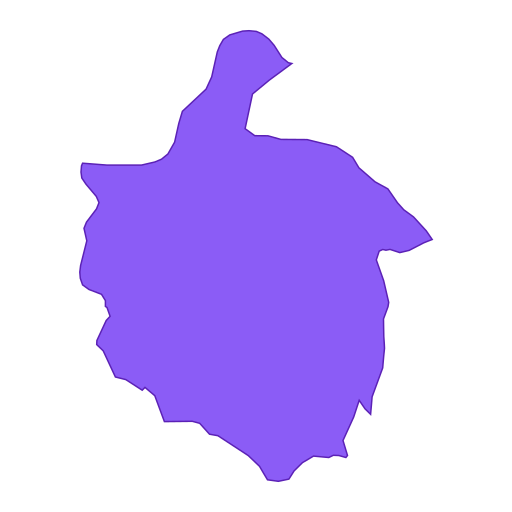 Kaesong City, Hwanghae-bukto, North Korea
{"feature_id": "82179303B5428034439323", "entity_name": "Kaesong City", "entity_type": "district", "adm_level": 2, "iso_a3": "PRK", "parent_name": "North Korea", "parent_adm1": "Hwanghae-bukto", "projection": "natural_earth1", "projection_center": [126.564, 37.948], "detail": "fine", "context": "isolated", "style": "filled", "palette": "violet", "viewbox_px": 512, "rotation_deg": 0, "n_neighbors": 0, "source": "geoboundaries", "source_scale": "gbopen_adm2", "svg_char_len": 1596}
<svg xmlns="http://www.w3.org/2000/svg" viewBox="0 0 512 512"><path d="M291.8,63.5L288.3,62.7L281.9,57.5L274.1,45.3L268.8,39.1L261.9,33.8L256.3,31.4L249.0,30.7L242.6,31.1L229.8,34.9L223.4,39.4L219.8,45.6L217.3,51.9L211.7,76.9L206.1,89.1L182.4,111.3L178.8,123.4L174.6,142.2L167.9,154.0L161.5,159.2L154.8,162.0L141.4,165.1L126.6,165.1L107.2,165.1L82.6,163.2L81.5,165.8L81.0,172.1L81.8,178.0L86.0,184.2L96.3,196.4L99.0,202.6L96.5,208.9L86.5,222.1L84.0,228.3L86.8,240.8L80.6,265.5L79.8,272.1L80.3,278.3L82.6,284.9L89.0,289.5L101.5,294.3L105.4,300.6L105.4,306.4L107.0,307.5L110.1,316.3L106.2,320.5L96.9,340.5L96.7,344.6L103.2,350.8L115.4,377.0L125.8,379.6L142.2,390.2L145.0,387.4L154.8,395.7L161.1,412.7L164.4,421.6L192.3,421.3L199.7,423.3L209.5,434.2L217.9,435.7L248.3,455.6L259.5,466.3L263.5,473.1L267.5,479.8L278.4,481.3L288.9,479.1L294.1,470.9L302.5,462.6L313.5,456.1L328.8,457.5L333.3,455.3L338.8,455.5L345.9,457.5L347.5,455.5L343.0,440.5L353.7,417.0L359.2,400.3L365.0,408.8L370.6,414.3L371.5,404.1L372.1,396.8L382.7,367.9L382.9,365.5L383.7,356.2L384.5,348.4L384.3,344.1L383.8,336.7L383.6,326.2L383.5,318.9L385.9,312.4L388.0,306.7L388.7,302.4L386.8,294.2L383.7,280.8L376.3,259.9L379.2,251.1L382.7,249.5L384.3,249.8L385.9,250.2L390.0,249.4L399.8,252.6L409.1,250.4L415.5,247.1L423.6,242.9L427.8,241.2L432.2,239.5L426.3,230.9L419.9,223.9L413.5,216.9L403.8,209.8L397.5,202.8L387.9,188.9L375.0,181.8L358.9,167.8L352.6,157.3L336.5,146.8L312.8,141.0L307.1,139.6L280.9,139.4L267.9,135.8L254.8,135.7L245.1,128.7L252.5,94.0L269.2,80.2L291.8,63.5Z" fill="#8b5cf6" stroke="#5b21b6" stroke-width="1.5"/></svg>